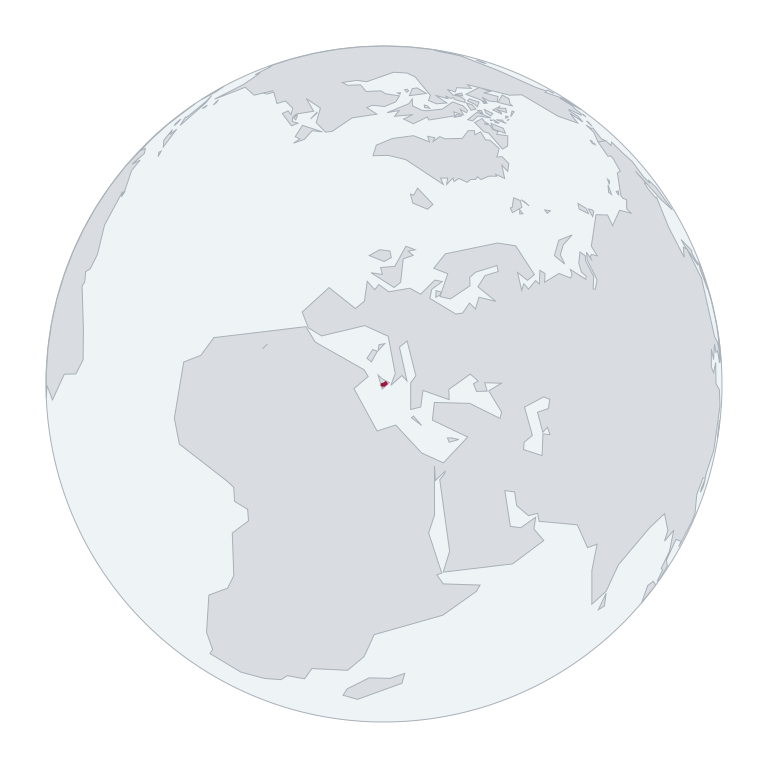 Catania on an orthographic globe, rotated 36°
{"feature_id": "ITA-5413", "entity_name": "Catania", "entity_type": "Province", "adm_level": 1, "iso_a3": "ITA", "parent_name": "Italy", "parent_adm1": "", "projection": "orthographic", "projection_center": [14.756, 37.507], "detail": "fine", "context": "on_globe", "style": "filled", "palette": "rose", "viewbox_px": 768, "rotation_deg": 36, "n_neighbors": 0, "source": "natural_earth", "source_scale": "10m", "svg_char_len": 11611}
<svg xmlns="http://www.w3.org/2000/svg" viewBox="0 0 768 768"><g transform="rotate(36 384 384)"><circle cx="384" cy="384" r="338" fill="#eef3f6" stroke="#a8b0b8"/><path d="M227.2,84.6L237.5,80.0L228.1,84.6L234.5,82.0L246.7,76.4L253.2,73.5L291.6,63.4L332.8,54.7L343.5,51.3L343.0,53.3L361.6,47.5L382.4,46.3L360.3,48.4L359.1,49.3L374.0,48.2L376.0,49.1L384.3,49.4L385.4,50.8L372.4,52.9L372.8,54.1L383.3,53.4L391.0,55.1L375.5,55.7L387.3,59.0L367.7,65.0L325.5,69.0L315.9,76.5L275.8,92.7L280.8,93.6L268.7,101.5L269.9,105.8L262.1,108.4L269.8,109.7L276.7,106.6L282.4,106.3L283.8,108.8L274.1,112.3L272.0,111.5L269.8,113.9L264.4,114.7L267.9,115.7L256.0,120.2L269.6,119.7L261.7,126.5L253.3,128.5L251.8,123.1L228.6,117.2L219.6,119.0L208.5,126.2L192.3,149.6L183.4,154.4L173.0,164.6L178.9,163.8L189.2,155.8L197.7,157.8L209.3,148.6L214.4,148.4L227.2,141.8L227.7,148.7L221.3,159.2L210.7,165.3L207.6,170.5L219.6,169.9L201.8,187.4L193.5,210.2L188.6,214.6L175.5,212.4L170.4,198.2L153.4,198.7L166.8,204.7L154.4,217.0L153.4,222.1L155.5,225.5L161.1,223.6L157.4,229.5L142.7,224.9L145.9,219.4L150.5,220.7L148.0,214.5L138.0,212.9L132.5,220.0L123.3,212.7L119.2,218.0L114.9,219.9L122.0,211.7L109.1,226.7L97.3,225.5L79.5,253.2L94.4,224.0L98.0,214.0L100.9,205.2L97.9,209.4L105.8,194.1L106.0,191.9L103.5,195.6L117.6,176.2L133.0,157.8L149.7,140.5L167.5,124.5L186.5,109.8L206.4,96.5L227.2,84.6ZM77.6,241.5L79.3,238.1L76.3,246.4L69.3,260.9L77.6,241.5ZM66.5,268.2L61.3,285.2L56.1,302.3L52.7,317.4L51.8,323.9L50.0,338.1L52.4,333.7L54.6,338.5L50.9,354.3L55.1,346.1L54.3,359.7L61.0,380.9L59.5,382.8L64.5,419.7L76.0,447.6L78.6,463.7L76.6,468.4L81.9,477.3L82.1,482.1L108.4,516.1L126.3,541.2L128.8,556.9L119.6,564.0L125.1,591.7L112.3,583.3L118.3,592.8L118.9,593.6L104.2,573.5L91.0,552.3L79.4,530.2L69.4,507.4L61.2,483.8L54.7,459.7L50.0,435.2L47.1,410.4L46.1,385.5L46.9,360.6L47.0,359.3L50.1,334.8L51.1,327.1L50.4,330.2L57.0,298.8L66.5,268.2ZM74.6,261.1L67.1,294.7L66.5,284.5L67.5,284.3L70.4,273.7L74.1,259.2L75.0,251.8L74.6,261.1ZM82.1,255.8L83.0,251.2L82.8,254.6L82.1,255.8ZM255.7,72.3L246.7,76.3L235.0,81.5L242.2,77.8L255.7,72.3ZM278.4,64.6L274.7,66.2L267.9,67.7L272.1,66.3L278.4,64.6ZM350.7,49.2L342.9,50.3L349.7,49.1L350.7,49.2ZM385.3,49.2L386.8,48.8L390.5,49.2L385.3,49.2ZM226.1,138.7L226.6,140.2L223.9,140.6L226.1,138.7ZM231.1,134.5L227.7,133.9L229.5,131.9L231.6,132.3L231.1,134.5ZM395.5,52.0L400.9,53.2L393.1,52.2L395.5,52.0ZM235.0,135.9L233.3,128.4L236.7,125.0L247.5,124.0L235.0,135.9ZM402.5,54.1L415.8,57.9L420.4,56.9L414.9,62.4L405.4,56.9L395.2,55.7L401.8,55.4L402.5,54.1ZM278.3,104.6L271.1,108.0L275.9,103.0L278.3,104.6ZM280.0,101.5L286.7,88.1L298.1,84.9L293.5,89.8L307.3,84.4L309.6,89.3L302.6,93.4L294.7,94.3L301.6,95.6L280.0,101.5ZM409.7,65.2L411.0,66.7L407.2,65.6L409.7,65.2ZM285.1,105.9L285.4,103.2L295.3,100.1L296.5,105.0L292.9,104.3L285.1,105.9ZM309.8,80.8L317.4,79.7L321.3,83.3L324.8,83.5L310.7,89.2L309.8,80.8ZM291.3,106.3L296.8,107.6L293.4,111.4L285.4,108.3L291.3,106.3ZM297.4,97.4L302.1,96.3L299.9,98.4L297.4,97.4ZM284.2,126.8L284.4,123.1L289.6,121.1L284.2,126.8ZM299.1,107.9L300.2,106.5L302.3,105.5L305.1,107.2L299.1,107.9ZM314.4,91.6L314.5,93.5L320.4,89.4L323.6,92.3L313.6,95.8L319.3,95.6L320.3,96.5L311.0,98.3L314.4,91.6ZM314.1,105.9L302.5,112.0L301.1,119.0L296.4,120.9L299.6,109.4L314.1,105.9ZM313.1,101.2L312.7,104.4L307.1,104.8L303.9,102.9L313.1,101.2ZM329.4,93.3L327.1,87.8L329.3,87.3L329.4,93.3ZM314.8,107.8L317.6,106.3L315.4,108.2L314.8,107.8ZM326.2,97.5L325.0,95.5L327.6,95.0L326.2,97.5ZM324.1,105.2L320.4,107.1L318.1,105.7L324.1,105.2ZM326.0,101.6L329.8,101.4L319.5,104.1L325.0,100.8L326.0,101.6ZM328.8,97.3L330.0,96.4L328.9,98.2L328.8,97.3ZM334.9,109.8L322.5,113.6L317.5,110.3L330.2,107.0L334.9,109.8ZM234.5,534.9L209.0,483.9L219.0,468.5L219.1,446.5L287.1,383.5L303.6,390.5L359.4,384.2L366.8,387.2L362.4,405.4L406.0,426.1L417.6,410.3L454.9,417.7L478.4,412.9L482.9,377.7L444.4,384.8L435.6,369.3L464.7,349.3L498.0,343.7L495.7,337.6L472.8,328.0L478.6,314.3L464.7,323.8L471.7,329.1L463.2,335.6L456.2,331.2L458.5,326.2L448.0,325.2L439.6,350.3L445.9,358.4L419.3,366.3L427.2,381.0L420.6,389.0L404.9,367.3L405.0,358.6L377.4,335.6L374.8,345.1L400.8,368.0L393.5,366.6L390.3,381.1L387.0,369.0L359.3,342.9L334.1,348.1L305.2,381.8L289.8,383.0L275.5,373.9L282.9,338.3L316.5,339.8L319.5,328.5L310.1,310.8L321.1,313.2L321.3,306.6L333.7,306.6L348.6,291.3L360.8,289.9L364.1,270.0L370.9,266.9L367.0,279.3L370.8,287.8L400.8,285.2L405.9,280.6L405.6,268.2L413.9,269.6L409.8,258.0L425.9,251.4L402.9,250.2L402.0,236.9L410.3,225.9L405.8,221.7L392.3,239.8L390.7,247.4L395.8,254.0L387.7,276.2L377.9,280.3L370.8,257.3L356.2,261.1L357.1,242.7L393.0,203.2L409.3,194.8L441.4,207.1L439.1,215.8L426.4,215.3L440.4,227.3L438.2,220.7L445.1,222.3L445.9,211.2L450.9,211.8L443.3,200.4L449.4,200.0L454.1,207.3L460.6,191.7L472.7,188.6L471.8,184.9L467.4,181.8L485.7,180.7L484.2,178.0L477.7,177.3L470.5,171.7L464.9,161.9L471.5,162.0L474.4,165.6L490.5,173.8L497.2,184.1L499.3,183.2L495.1,174.5L475.5,164.2L470.3,158.3L480.0,161.9L476.1,160.1L475.6,157.3L481.2,154.9L470.7,150.6L456.0,122.4L465.5,115.9L475.8,121.5L472.5,104.9L483.5,100.6L477.4,99.7L471.8,92.2L468.2,93.4L464.9,92.4L448.7,76.0L450.1,73.0L436.2,66.6L433.1,66.4L431.3,68.1L414.9,62.4L420.4,56.9L427.2,57.6L426.0,54.5L441.7,56.9L454.1,58.1L471.9,63.8L480.2,65.0L478.7,63.7L488.9,65.1L514.8,73.6L500.1,72.0L462.5,64.2L478.4,67.3L476.7,68.5L483.6,71.1L494.6,73.7L494.7,72.7L522.0,89.8L552.4,105.1L545.7,97.3L550.1,96.9L578.7,111.8L623.5,151.3L629.9,154.6L636.0,160.5L643.0,169.7L634.4,161.2L633.9,163.3L628.0,157.6L636.4,170.7L628.2,163.2L638.8,177.9L644.1,181.1L639.7,171.6L652.4,188.6L658.7,191.5L668.8,204.4L689.7,243.6L696.9,266.1L699.3,271.7L697.3,272.3L702.0,289.6L711.6,305.8L713.9,314.2L718.1,342.5L716.9,336.7L711.6,338.1L716.0,360.5L720.2,364.6L721.8,379.8L720.9,383.2L718.7,370.5L716.7,370.4L713.4,351.9L704.4,331.9L703.3,346.2L699.7,335.6L687.2,324.0L683.4,344.2L679.9,392.4L685.5,421.0L681.6,440.0L661.8,412.7L650.5,388.3L644.9,396.8L623.2,384.3L590.2,403.9L584.2,398.3L578.3,405.6L562.8,404.4L553.1,394.5L544.4,399.2L569.9,424.9L579.1,419.9L585.0,402.6L590.5,413.2L605.3,416.7L593.7,454.0L542.5,501.4L535.4,480.7L485.4,428.7L485.7,420.9L485.4,420.1L484.7,418.7L482.3,431.8L472.9,420.6L501.9,460.3L507.7,478.3L541.8,503.0L539.1,507.4L549.4,510.9L579.9,490.2L580.6,497.5L567.5,536.4L523.4,592.5L528.1,616.2L522.9,637.0L492.9,656.6L493.0,669.2L477.2,676.8L474.5,683.7L460.3,692.5L437.6,701.2L401.7,704.4L401.4,699.5L386.4,689.2L366.4,657.7L377.5,641.1L375.1,627.3L348.9,593.8L354.8,574.3L347.3,565.5L332.1,566.8L323.2,555.9L313.8,554.8L253.8,552.9L234.5,534.9ZM266.3,420.1L265.0,426.7L265.0,426.8L266.3,420.1ZM535.5,355.0L554.0,349.0L541.9,330.9L548.0,327.4L541.6,322.9L540.9,329.7L524.8,316.6L531.4,307.3L527.2,298.9L520.8,300.6L511.2,320.1L534.3,338.4L531.6,348.7L535.5,355.0ZM61.3,381.4L61.6,387.0L60.2,383.6L61.3,381.4ZM63.9,289.0L63.5,293.8L62.5,298.4L62.3,295.8L63.9,289.0ZM66.8,326.5L67.6,332.9L65.7,328.8L66.8,326.5ZM66.5,299.6L66.1,322.0L62.6,316.1L63.3,302.3L64.3,308.1L66.5,299.6ZM77.2,262.2L76.4,266.0L74.9,267.9L77.2,262.2ZM82.0,258.4L81.9,257.5L83.3,254.0L82.0,258.4ZM155.3,217.2L156.3,217.8L157.3,222.2L154.6,221.9L155.3,217.2ZM175.7,233.0L169.2,242.4L171.9,235.1L166.8,236.1L166.0,222.7L186.1,216.2L177.1,221.2L175.7,233.0ZM170.6,204.2L168.8,212.7L170.0,203.7L170.6,204.2ZM310.6,272.9L315.6,277.4L312.1,284.8L296.6,288.8L301.6,277.9L310.6,272.9ZM323.6,282.4L320.8,259.7L330.3,257.1L325.5,262.3L332.0,262.8L326.0,271.4L337.7,292.0L335.4,300.0L308.1,301.6L318.3,296.3L312.8,291.8L323.6,282.4ZM297.1,213.7L296.0,205.8L318.0,209.9L316.5,217.0L301.0,220.7L293.7,214.8L297.1,213.7ZM254.4,136.5L252.6,134.6L255.2,133.5L259.0,134.1L254.4,136.5ZM283.9,125.2L265.2,144.0L262.1,142.6L254.8,156.2L244.0,158.1L249.1,149.0L235.2,161.2L235.5,153.8L227.0,162.7L239.5,142.3L239.2,136.8L243.7,142.1L253.6,140.3L257.9,137.9L269.6,127.3L273.8,115.4L284.4,112.5L290.8,113.6L291.3,116.0L284.3,117.0L290.2,119.6L280.4,122.9L283.9,125.2ZM359.1,139.3L350.6,137.6L360.8,146.8L351.1,148.7L352.9,149.7L346.7,154.2L342.3,161.6L337.6,161.5L337.9,164.5L333.8,167.8L332.7,172.0L323.8,173.6L321.7,179.0L318.7,176.7L317.4,185.8L314.4,179.9L308.8,184.2L314.7,187.7L269.6,189.7L253.1,196.5L240.9,205.8L237.4,195.3L246.5,180.4L261.9,165.8L278.4,161.4L273.8,157.9L280.3,154.9L281.2,158.9L283.7,151.1L289.3,149.8L303.0,139.2L303.2,129.6L308.2,125.9L311.0,129.0L314.0,123.2L322.7,126.8L326.5,124.4L338.8,125.9L341.9,134.0L345.9,130.7L355.4,132.3L359.1,139.3ZM338.3,110.5L344.2,118.8L341.8,124.3L321.4,119.5L316.8,121.2L303.6,119.1L307.4,111.5L310.8,112.7L315.0,112.2L312.1,114.7L317.6,112.3L322.4,114.1L328.0,112.8L328.4,115.7L338.3,110.5ZM373.9,380.2L379.3,380.9L387.5,379.7L385.6,389.2L373.9,380.2ZM354.7,362.7L359.4,361.5L360.8,373.5L355.1,373.2L354.7,362.7ZM360.9,350.9L359.6,360.5L356.9,355.1L360.9,350.9ZM371.2,277.8L376.2,276.1L377.1,278.9L374.9,283.4L371.2,277.8ZM387.2,169.9L382.7,167.4L383.9,165.8L379.4,157.1L386.3,155.5L391.7,160.0L387.2,169.9ZM477.1,384.9L471.0,392.8L467.1,390.4L470.0,388.1L477.1,384.9ZM426.7,392.6L438.8,395.4L426.0,395.2L426.7,392.6ZM393.9,166.7L391.3,163.2L396.3,164.6L393.9,166.7ZM391.0,153.9L396.8,154.6L386.6,154.3L391.0,153.9ZM574.4,615.6L547.9,654.7L533.8,659.9L533.4,652.3L544.7,630.5L561.9,618.6L570.9,605.9L574.4,615.6ZM721.0,408.9L720.9,409.1L715.8,392.1L717.8,385.4L721.9,386.8L721.8,392.1L721.8,392.3L721.0,408.9ZM686.7,422.7L692.8,434.0L690.1,440.7L686.7,422.7ZM702.6,279.2L703.7,285.6L702.1,282.0L699.6,271.7L702.6,279.2ZM676.6,215.9L682.8,226.5L685.3,231.1L682.7,226.9L676.6,215.9ZM448.6,152.8L447.2,166.1L450.7,175.8L459.8,180.8L446.4,180.0L440.9,165.0L448.6,152.8ZM454.4,125.9L446.4,122.3L450.1,120.7L452.5,121.3L454.4,125.9ZM449.4,126.0L439.1,127.8L434.8,123.9L443.8,123.1L449.4,126.0ZM416.7,146.1L415.8,150.0L411.7,148.7L416.7,146.1ZM634.5,157.2L630.8,153.4L626.5,148.7L630.2,152.6L634.5,157.2ZM618.5,140.7L624.1,146.3L635.6,159.1L635.5,158.6L644.4,168.7L640.7,165.1L627.4,150.2L619.9,142.2L612.0,134.9L602.4,126.2L594.0,119.7L587.5,114.7L592.8,118.4L598.5,122.9L618.5,140.7ZM590.6,117.4L572.5,105.5L567.5,100.9L570.3,102.4L580.7,109.6L582.8,111.6L590.6,117.4ZM566.6,101.5L568.4,103.5L545.4,95.2L539.4,92.5L554.2,95.1L556.6,97.4L563.1,100.6L566.6,101.5ZM414.2,66.3L411.3,66.7L412.3,65.5L414.2,66.3ZM463.1,93.3L458.7,91.8L460.0,90.1L463.1,93.3ZM447.3,87.2L448.9,90.1L444.4,86.9L447.3,87.2ZM453.0,96.9L448.2,91.2L456.7,96.9L453.0,96.9Z" fill="#d9dde1" stroke="#a8b0b8" stroke-width="1"/><path d="M386.3,382.2L386.3,382.3L386.1,382.5L386.2,382.8L386.1,383.0L386.0,383.3L385.9,383.6L385.7,383.9L385.6,384.1L385.6,384.3L385.6,384.9L385.4,384.8L385.1,384.8L384.9,384.6L384.7,384.6L384.4,384.7L384.4,384.8L384.2,385.0L384.3,385.1L384.5,385.1L384.5,385.3L384.4,385.5L384.2,385.5L384.1,385.8L384.3,385.8L384.5,385.8L384.5,386.0L384.4,386.1L384.4,386.3L384.2,386.2L384.0,386.3L383.9,386.4L383.4,386.5L383.2,386.6L382.9,386.6L382.7,386.7L382.5,386.4L382.7,386.2L382.3,385.9L382.2,385.8L382.2,385.6L382.1,385.3L382.1,385.2L382.4,385.3L382.5,385.3L382.6,385.2L382.8,385.1L382.8,384.9L383.1,384.9L383.2,384.7L383.3,384.6L383.3,384.4L383.2,384.3L382.9,384.3L382.8,384.2L382.9,383.9L383.0,383.8L383.4,383.8L383.5,383.8L383.6,383.7L383.8,383.8L384.0,384.0L384.2,383.9L384.2,383.7L384.3,383.5L384.3,383.2L384.2,383.2L384.2,382.9L383.9,383.0L383.8,382.9L383.8,382.7L383.8,382.4L383.9,382.2L384.0,382.2L384.1,381.9L383.9,381.9L383.9,382.0L383.9,381.9L383.9,381.7L384.0,381.7L384.1,381.4L384.3,381.4L384.5,381.4L384.5,381.5L384.7,381.4L384.8,381.4L384.9,381.6L385.0,381.7L385.6,381.7L385.8,381.7L386.0,381.8L386.3,382.2Z" fill="#f43f5e" stroke="#9f1239" stroke-width="1.5"/></g></svg>